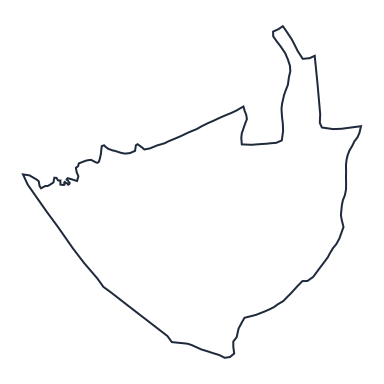 Southern Ijaw, Bayelsa, Nigeria (Mercator projection)
{"feature_id": "59680162B89388744582495", "entity_name": "Southern Ijaw", "entity_type": "district", "adm_level": 2, "iso_a3": "NGA", "parent_name": "Nigeria", "parent_adm1": "Bayelsa", "projection": "mercator", "projection_center": [5.914, 4.715], "detail": "fine", "context": "isolated", "style": "outline", "palette": "slate", "viewbox_px": 384, "rotation_deg": 0, "n_neighbors": 0, "source": "geoboundaries", "source_scale": "gbopen_adm2", "svg_char_len": 2590}
<svg xmlns="http://www.w3.org/2000/svg" viewBox="0 0 384 384"><path d="M23.0,174.4L27.7,184.6L46.4,211.3L58.2,227.3L72.7,248.1L84.0,262.9L97.4,278.5L103.4,286.9L110.7,292.2L122.0,301.0L167.5,336.1L171.8,342.1L184.8,343.4L187.9,343.8L192.0,345.2L201.2,349.4L208.1,351.5L212.3,352.9L219.2,355.0L221.2,356.0L224.7,357.8L226.1,357.6L230.0,357.0L234.2,353.5L233.3,346.8L233.3,341.5L236.7,337.1L238.2,330.2L238.6,328.5L242.1,322.0L244.5,317.8L255.1,315.1L255.9,314.9L264.1,311.7L269.6,309.3L273.8,307.2L277.8,304.3L283.2,301.1L291.4,292.8L292.6,291.5L297.2,286.4L302.4,281.1L307.4,281.0L313.2,276.9L319.9,267.8L323.4,263.2L327.8,257.3L329.9,253.3L332.8,248.4L336.4,244.0L339.3,238.7L343.5,227.0L341.7,219.8L340.9,215.1L341.9,205.1L342.9,200.2L345.0,194.9L345.0,194.7L346.0,189.5L346.1,184.9L346.0,177.7L346.0,174.3L346.1,173.3L346.0,166.0L346.0,164.6L346.5,160.1L347.5,155.7L349.3,150.8L352.3,145.7L354.3,141.5L357.5,137.3L358.2,135.7L359.5,132.7L361.0,126.2L341.2,128.8L333.1,129.1L321.9,127.5L321.5,126.7L319.8,122.8L320.2,114.1L320.1,113.2L318.0,89.4L317.5,83.7L314.7,55.8L309.6,58.2L303.0,58.8L302.7,58.8L297.6,50.9L294.8,45.2L291.8,39.4L288.6,34.6L285.4,29.8L282.8,26.2L278.4,29.2L273.1,31.6L273.2,36.3L276.8,41.5L280.7,46.5L285.2,53.2L287.9,59.5L290.0,66.0L290.3,71.4L288.9,77.2L287.9,84.8L285.8,90.1L283.9,95.4L283.7,96.7L283.0,99.6L282.0,104.1L281.5,109.0L282.0,116.8L282.6,121.9L282.8,123.3L283.1,131.1L281.8,140.4L276.3,142.8L271.2,143.2L266.8,143.7L260.5,144.1L251.5,144.8L244.8,144.5L241.8,144.4L241.3,137.7L241.8,133.3L245.1,123.7L246.9,119.1L246.2,114.8L244.7,111.0L243.4,106.5L238.2,109.5L236.3,110.6L231.2,113.0L224.8,115.6L219.5,117.9L213.6,120.7L207.6,123.3L201.2,126.5L196.7,129.1L188.8,132.3L180.2,136.4L173.1,139.4L168.9,141.1L164.5,143.3L157.2,145.4L149.9,148.4L144.3,149.5L142.4,147.7L137.6,144.2L135.9,145.3L135.0,150.9L129.9,153.1L127.1,153.4L124.9,153.6L121.7,153.0L120.8,152.8L115.0,150.9L112.5,150.4L111.0,149.8L108.6,149.0L105.5,146.8L104.1,145.3L101.8,146.1L101.2,150.4L101.0,153.3L100.0,158.1L99.0,161.4L98.6,162.1L97.5,162.8L96.0,162.4L91.1,159.9L88.6,160.1L85.8,160.7L78.8,163.4L78.1,166.2L75.9,167.8L76.7,172.3L78.4,176.3L77.0,181.0L71.1,179.1L67.7,178.2L66.8,179.2L66.6,179.5L68.0,180.7L68.8,182.0L69.7,182.9L69.5,183.7L68.9,184.4L68.3,184.7L67.1,183.4L66.0,183.0L65.2,182.2L64.9,181.9L64.2,182.6L64.5,184.7L63.3,185.0L60.4,184.6L60.4,180.5L59.2,180.7L57.9,180.2L56.5,177.9L54.4,177.7L53.9,179.8L53.5,182.4L50.2,184.6L47.7,186.0L45.0,186.1L41.0,188.3L39.6,186.1L38.7,181.2L36.4,179.4L29.5,175.4L23.0,174.4Z" fill="none" stroke="#1e293b" stroke-width="2"/></svg>